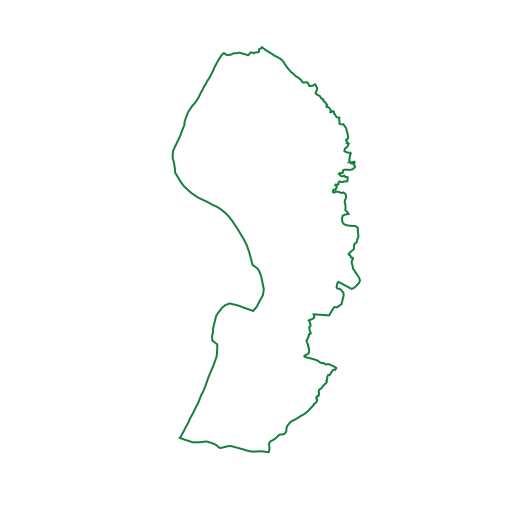 the district of Kang Meas, Kâmpóng Cham, Cambodia, rotated 111°
{"feature_id": "14789045B63152664596772", "entity_name": "Kang Meas", "entity_type": "district", "adm_level": 2, "iso_a3": "KHM", "parent_name": "Cambodia", "parent_adm1": "Kâmpóng Cham", "projection": "natural_earth1", "projection_center": [105.15, 11.935], "detail": "fine", "context": "isolated", "style": "outline", "palette": "green", "viewbox_px": 512, "rotation_deg": 111, "n_neighbors": 0, "source": "geoboundaries", "source_scale": "gbopen_adm2", "svg_char_len": 6070}
<svg xmlns="http://www.w3.org/2000/svg" viewBox="0 0 512 512"><g transform="rotate(111 256 256)"><path d="M58.9,325.3L59.9,325.5L61.0,326.4L61.6,327.1L62.8,326.9L64.1,326.4L64.7,326.7L65.3,327.5L66.0,329.1L66.6,330.2L67.6,330.7L67.7,333.8L68.4,334.3L70.9,334.9L71.5,335.4L71.5,337.8L72.0,342.0L71.9,344.0L72.5,345.0L73.7,346.8L74.7,349.4L75.7,350.4L76.7,351.1L77.6,352.7L78.8,355.1L78.1,358.7L78.9,359.2L80.9,360.1L83.9,360.8L89.1,361.7L94.0,362.3L98.9,362.5L105.8,363.3L110.1,364.2L115.0,364.8L115.7,365.2L120.3,365.5L122.8,366.0L127.0,366.3L129.7,366.6L135.0,367.8L138.3,369.2L146.2,371.0L151.9,371.0L156.7,370.7L159.5,369.7L161.8,369.9L166.6,369.9L170.6,369.8L184.4,370.9L187.8,371.1L191.2,370.1L195.0,368.6L196.5,367.3L198.9,365.6L204.2,362.7L206.7,361.6L207.3,361.2L214.0,352.5L216.7,348.2L219.3,341.7L220.5,338.5L222.2,331.0L223.0,320.2L223.7,315.7L224.1,309.7L224.5,308.1L224.7,306.7L225.4,304.1L226.9,299.8L229.0,295.2L231.6,291.0L237.1,283.2L244.2,274.1L249.1,268.6L254.7,263.9L261.6,258.8L265.5,256.1L267.0,250.4L268.9,247.7L273.2,243.8L284.2,236.8L289.9,235.5L296.4,236.4L301.2,236.9L303.7,237.3L308.4,239.0L308.4,244.7L308.6,247.7L308.6,254.6L309.7,263.5L312.8,267.0L316.5,269.1L322.9,271.1L326.3,271.7L332.8,270.9L339.1,270.1L343.1,268.8L346.8,268.3L350.6,266.4L352.4,260.5L354.6,259.6L362.0,257.2L364.8,256.7L374.7,256.5L384.9,256.9L387.9,256.9L396.2,256.6L402.6,256.8L404.7,257.3L413.0,257.3L415.7,257.5L419.2,258.0L424.5,258.4L431.0,259.3L435.4,259.4L440.4,260.2L445.0,260.6L448.2,261.0L451.3,261.5L453.1,262.0L453.1,258.1L452.8,252.2L452.6,248.5L452.1,246.9L450.9,243.8L449.6,240.8L448.3,238.5L446.8,235.5L446.4,227.9L447.0,224.4L447.9,222.4L448.2,220.9L447.2,219.1L443.6,214.0L442.4,211.3L441.1,198.6L440.9,195.1L440.5,192.0L440.1,189.7L436.3,180.8L435.6,178.2L435.4,176.4L434.5,173.8L432.6,174.0L430.5,174.6L426.7,176.6L424.5,176.4L423.7,175.9L421.9,174.3L419.9,172.9L418.4,172.0L417.0,171.4L414.8,170.3L414.2,169.8L412.7,166.6L411.4,165.5L408.8,164.9L406.7,165.6L403.9,166.0L400.8,165.1L398.3,164.2L393.5,159.9L388.5,156.2L386.5,154.4L381.9,151.8L374.3,148.7L373.5,149.0L372.5,148.3L372.1,147.8L370.9,147.3L369.2,147.4L368.4,147.2L368.0,147.9L367.3,148.4L366.9,149.0L365.7,148.4L365.0,148.8L364.4,148.3L364.0,147.4L363.3,147.6L362.0,147.8L361.4,148.0L360.4,148.9L359.2,149.0L357.7,148.9L356.6,147.9L356.0,147.5L351.9,146.4L351.2,145.9L350.6,145.8L350.2,145.3L349.6,145.1L349.0,144.8L347.7,144.9L347.4,145.6L346.6,145.6L345.8,145.4L343.3,146.1L342.5,146.1L341.2,145.9L341.0,145.1L340.6,144.6L339.9,144.4L339.3,144.1L338.6,144.3L334.9,143.3L333.9,142.2L333.9,141.3L331.8,140.9L331.4,142.2L331.0,145.8L331.0,147.8L330.8,149.1L332.3,152.3L331.9,152.8L331.8,154.8L332.0,155.6L332.5,156.2L332.5,157.2L332.5,157.9L332.2,158.5L332.1,159.3L331.8,160.0L331.7,161.0L331.5,161.6L331.5,162.3L332.2,170.4L332.5,171.2L332.6,172.0L332.6,174.7L332.0,175.0L330.1,173.6L329.1,172.6L327.3,171.9L325.5,172.4L323.8,173.2L322.3,174.1L321.6,175.2L320.8,175.5L320.2,175.4L319.1,176.8L318.4,177.3L317.0,178.6L316.1,178.5L314.7,178.1L314.0,178.2L312.8,177.8L312.1,178.3L310.8,178.2L310.2,178.5L309.6,178.1L309.1,177.3L308.5,177.2L307.8,177.6L307.3,178.4L306.8,179.0L303.2,180.8L302.2,180.2L301.3,180.1L300.4,180.6L299.5,181.4L298.8,181.7L298.1,182.4L297.8,183.0L297.3,183.7L296.2,182.8L295.3,181.4L294.4,180.7L293.7,180.0L293.0,179.7L292.4,179.6L291.3,180.1L289.8,181.3L286.3,169.9L285.3,166.5L276.0,164.8L275.5,164.3L274.8,161.9L274.3,161.4L272.1,160.2L270.4,158.9L261.5,160.0L259.2,161.1L258.7,161.7L257.2,164.5L256.7,165.8L256.8,166.6L257.1,167.3L257.1,168.1L257.0,168.8L256.5,169.4L255.5,169.8L254.4,170.0L253.4,170.1L252.4,170.3L251.4,170.1L250.6,169.6L252.5,154.9L250.6,153.0L245.3,150.5L243.2,150.1L241.5,150.2L239.2,152.1L236.6,155.7L232.9,161.1L230.8,162.1L228.6,163.9L227.0,164.7L224.9,164.7L223.8,164.4L223.2,164.7L223.0,165.3L223.3,166.1L223.3,166.9L221.9,167.9L221.6,168.6L221.6,169.7L220.9,170.3L218.6,169.3L214.3,167.1L212.8,167.6L211.2,168.3L209.0,168.3L208.6,167.7L207.6,167.2L205.9,166.9L204.2,167.5L202.9,167.2L201.3,167.3L196.9,169.5L194.9,170.4L193.6,170.8L193.0,171.7L192.4,173.9L193.0,176.0L193.9,178.4L194.4,180.4L194.9,183.1L194.6,185.9L193.0,187.7L189.9,189.3L187.2,189.4L185.4,187.7L183.6,184.6L182.7,185.6L181.2,189.0L178.5,189.8L176.2,190.9L173.9,192.6L171.8,192.9L169.1,192.8L167.1,193.8L165.9,195.2L165.4,197.2L166.7,198.9L166.5,200.3L166.6,202.6L167.5,204.5L168.9,205.9L168.6,207.2L167.8,207.4L166.3,207.4L165.7,205.6L164.1,205.3L161.6,205.6L161.5,207.3L160.6,207.1L160.3,205.7L159.2,204.7L157.6,205.4L156.5,204.8L156.4,203.2L156.0,201.6L154.9,200.6L153.6,197.6L151.1,198.0L149.5,198.9L150.1,200.2L150.0,201.6L149.4,202.4L150.8,204.0L150.9,205.7L150.1,206.8L149.7,208.1L148.6,207.6L148.0,205.5L147.2,204.8L145.7,205.3L144.4,205.2L143.6,204.1L141.8,199.0L141.0,197.5L139.1,196.1L137.2,195.4L135.9,197.0L135.1,197.3L135.1,198.5L133.1,197.5L132.7,198.1L134.6,200.7L135.3,200.8L134.7,201.9L135.1,202.8L134.1,202.5L132.7,203.5L131.5,203.4L130.1,204.0L129.3,203.9L128.0,204.4L126.2,204.2L125.8,205.4L126.8,207.7L126.5,209.1L126.6,210.9L125.4,211.4L123.9,211.4L121.2,209.9L120.1,209.8L118.0,209.7L118.1,211.6L116.9,211.4L116.4,212.2L116.0,213.3L115.3,213.5L114.5,213.1L113.8,212.4L112.4,212.3L108.5,214.7L107.4,215.7L104.6,217.4L101.6,221.7L102.1,222.3L102.5,223.2L102.5,225.6L100.3,226.3L99.1,227.2L97.1,227.7L97.5,229.8L97.3,230.6L96.8,231.6L95.4,233.0L95.2,234.1L93.3,235.1L93.1,236.1L94.1,236.9L94.9,237.4L95.1,238.1L93.2,238.4L91.7,240.2L91.2,241.5L91.5,242.8L91.3,243.8L89.2,243.9L88.8,245.2L87.8,246.2L87.3,247.6L87.2,248.5L85.7,249.3L85.5,251.5L83.8,253.7L83.6,256.1L83.2,257.7L82.6,258.8L78.0,258.7L76.9,259.5L76.1,260.7L74.5,262.1L75.2,263.1L76.5,263.8L78.0,266.6L78.1,267.4L76.8,268.5L75.4,270.3L77.1,273.8L76.9,275.3L75.7,276.4L75.6,277.4L75.1,278.2L74.4,280.1L74.0,282.7L73.5,284.5L72.6,286.0L71.6,289.5L70.4,291.4L69.3,293.7L67.5,296.3L66.6,298.0L65.5,298.9L64.6,300.5L63.2,303.5L62.4,309.2L62.3,311.2L61.6,313.1L60.8,318.2L60.4,319.8L60.3,321.0L59.7,322.5L59.6,323.6L58.9,325.3Z" fill="none" stroke="#15803d" stroke-width="2"/></g></svg>